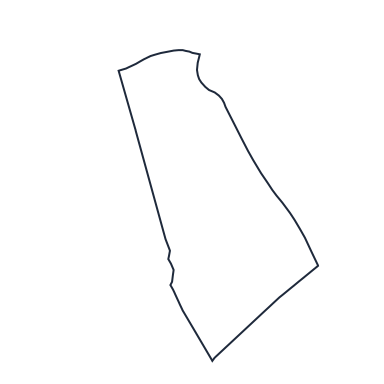 Al Mutun, Al Jawf, Yemen, rotated 318°
{"feature_id": "15242507B16554732287122", "entity_name": "Al Mutun", "entity_type": "district", "adm_level": 2, "iso_a3": "YEM", "parent_name": "Yemen", "parent_adm1": "Al Jawf", "projection": "natural_earth1", "projection_center": [44.619, 16.313], "detail": "fine", "context": "isolated", "style": "outline", "palette": "slate", "viewbox_px": 384, "rotation_deg": 318, "n_neighbors": 0, "source": "geoboundaries", "source_scale": "gbopen_adm2", "svg_char_len": 1232}
<svg xmlns="http://www.w3.org/2000/svg" viewBox="0 0 384 384"><g transform="rotate(318 192 192)"><path d="M191.8,107.7L191.0,109.1L146.3,198.3L140.8,209.3L136.8,219.7L136.3,220.9L132.0,224.2L129.5,226.0L128.4,231.2L126.2,237.6L124.7,238.9L122.4,240.8L117.1,245.4L113.7,246.7L112.6,251.8L111.5,255.5L111.4,255.7L109.4,262.1L108.7,264.4L107.7,267.5L106.1,272.9L105.8,273.7L105.4,275.8L101.6,294.6L97.4,315.2L94.5,329.4L94.1,331.1L98.0,330.3L144.7,329.5L161.4,329.2L179.4,328.9L180.4,328.9L186.4,328.8L191.4,329.1L200.4,329.5L206.2,329.8L211.5,330.0L219.1,330.4L236.3,331.2L236.5,330.9L241.0,315.7L245.3,301.6L247.5,291.6L249.5,281.6L250.8,273.1L252.0,260.5L252.4,251.2L253.0,244.5L254.3,236.0L255.9,224.2L258.5,210.8L258.9,208.8L261.1,199.0L264.7,185.2L268.9,169.7L273.9,151.1L275.5,147.2L276.5,142.8L276.5,138.3L275.5,133.2L272.9,127.6L272.2,122.8L272.2,116.9L272.7,113.8L272.9,112.8L274.5,109.1L277.4,104.6L282.7,99.8L288.2,96.1L289.9,94.9L288.3,92.7L285.4,88.9L284.0,85.9L281.7,82.9L280.0,80.3L277.1,77.7L273.1,74.7L267.8,71.5L261.9,67.9L256.0,65.0L252.1,63.2L245.1,61.2L240.6,60.2L236.2,59.3L230.6,57.6L228.7,57.0L225.6,56.1L221.2,54.0L218.6,52.8L192.0,107.2L191.8,107.7Z" fill="none" stroke="#1e293b" stroke-width="2"/></g></svg>